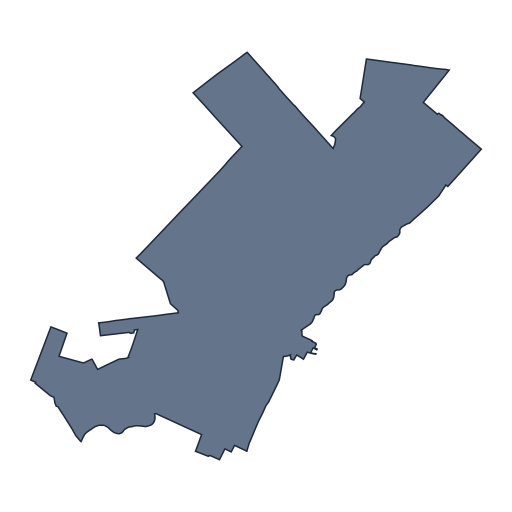 the district of Urziceni, Ialomita, Romania
{"feature_id": "2599482B56726555182080", "entity_name": "Urziceni", "entity_type": "district", "adm_level": 2, "iso_a3": "ROU", "parent_name": "Romania", "parent_adm1": "Ialomita", "projection": "albers", "projection_center": [26.651, 44.737], "detail": "fine", "context": "isolated", "style": "filled", "palette": "slate", "viewbox_px": 512, "rotation_deg": 0, "n_neighbors": 0, "source": "geoboundaries", "source_scale": "gbopen_adm2", "svg_char_len": 5863}
<svg xmlns="http://www.w3.org/2000/svg" viewBox="0 0 512 512"><path d="M481.1,149.3L481.3,149.1L476.7,145.2L476.3,144.9L467.4,137.4L462.5,133.1L460.8,131.7L460.4,131.4L459.7,130.9L453.4,125.3L444.0,117.3L443.5,116.4L441.8,115.0L441.5,114.8L441.1,115.2L439.6,113.8L439.4,113.6L439.2,113.5L438.9,113.3L438.7,113.3L438.3,113.4L438.0,113.6L437.4,114.3L423.3,102.4L430.0,94.0L431.5,92.2L449.2,70.1L445.1,69.3L443.4,69.3L437.7,68.7L432.0,68.0L430.9,67.9L426.7,67.2L420.3,66.3L413.9,65.5L410.3,64.8L409.9,64.8L407.0,64.4L387.1,61.8L372.7,59.8L366.5,59.0L366.4,59.0L366.2,60.4L365.5,64.7L360.1,98.5L364.3,102.1L363.2,103.1L362.4,104.1L360.3,106.8L359.1,107.7L357.6,108.9L356.6,109.8L354.8,111.9L353.9,112.8L352.4,114.1L345.1,121.4L336.5,129.9L331.2,135.5L331.4,135.6L331.9,135.8L333.1,136.2L334.1,136.8L334.7,137.4L335.5,138.4L335.5,138.8L335.5,140.3L334.8,144.1L334.3,145.6L333.3,148.0L333.1,148.5L332.5,147.9L323.4,137.6L321.5,135.6L316.9,130.4L312.9,125.9L310.8,123.7L309.7,122.5L308.6,121.3L307.1,119.7L305.9,118.4L304.7,117.2L303.5,115.8L302.9,115.2L302.5,114.7L301.7,113.8L301.1,113.1L299.7,111.5L298.7,110.4L298.0,109.5L297.2,108.6L296.6,107.9L295.4,106.4L294.7,105.7L294.4,105.6L293.4,104.6L293.0,104.3L292.0,103.1L291.2,102.2L287.9,98.6L286.0,96.6L281.1,91.0L279.9,89.7L279.5,89.3L279.3,89.1L278.8,88.3L278.3,87.5L277.5,86.5L276.5,85.3L275.7,84.4L274.8,83.3L273.7,82.2L272.9,81.2L271.8,80.0L270.5,78.5L268.5,76.2L266.6,74.2L262.9,69.9L259.0,65.6L252.8,58.7L248.8,54.1L247.1,52.3L243.9,54.6L237.3,59.6L234.7,61.5L229.3,65.4L223.2,69.8L217.3,74.0L201.2,86.5L196.3,90.3L193.5,92.5L193.1,92.8L203.9,104.6L215.8,117.8L216.4,118.5L216.7,118.8L222.2,124.8L242.0,146.5L241.5,146.9L239.0,149.5L235.9,152.8L230.6,158.4L226.0,163.6L226.0,163.8L220.3,170.1L219.9,170.7L218.3,172.3L215.6,175.1L210.8,180.2L207.2,183.9L197.3,194.3L187.7,204.3L181.7,210.5L178.3,214.1L172.8,219.9L160.2,233.2L151.7,242.1L147.7,246.4L145.9,248.2L143.7,250.5L140.6,253.7L138.0,256.3L136.2,258.1L160.2,278.6L161.8,279.8L163.2,281.2L163.8,282.3L170.4,303.6L171.5,304.7L174.2,307.1L177.7,310.2L178.2,311.9L178.3,312.8L172.7,313.5L167.1,314.2L155.6,315.8L134.4,318.2L133.0,318.4L130.4,318.6L126.4,319.2L121.2,319.9L118.6,320.2L116.3,320.4L109.2,321.6L104.8,322.2L99.3,322.8L98.7,322.8L100.5,335.7L129.0,332.4L130.4,333.3L133.7,332.9L134.6,329.9L137.7,329.5L135.8,335.3L133.6,342.1L130.9,349.8L128.2,356.7L128.0,357.2L128.4,357.4L126.6,358.2L126.2,358.3L123.8,358.6L119.2,359.1L118.8,359.2L114.0,361.5L108.3,364.2L97.6,369.4L92.1,359.3L91.6,359.2L90.9,359.5L83.5,363.0L59.0,356.3L67.0,333.2L58.3,329.7L50.9,326.9L30.7,380.1L35.8,382.2L35.2,383.3L50.1,395.5L54.0,397.4L54.9,402.8L56.2,406.1L57.9,406.7L62.5,413.9L63.1,414.7L71.9,428.7L72.1,429.0L75.7,435.5L80.2,440.9L81.1,441.6L83.1,437.2L84.4,434.8L86.3,432.6L89.6,430.3L91.2,429.3L92.8,428.1L95.6,426.4L98.4,425.5L99.5,425.2L101.4,425.3L103.3,425.3L103.9,425.3L104.8,425.6L106.5,426.5L107.4,427.0L108.2,427.6L109.6,429.0L110.8,430.2L114.2,432.6L117.1,433.5L119.3,433.8L121.1,433.1L122.4,432.3L124.6,429.4L128.6,427.1L131.7,426.7L134.2,426.0L135.8,425.8L137.1,425.8L140.0,425.9L141.9,426.1L142.0,426.1L145.1,426.6L146.7,426.4L147.5,426.1L149.8,425.5L150.2,425.3L151.5,424.7L152.4,424.0L153.5,422.7L154.4,421.0L154.8,419.6L155.0,418.3L155.0,416.5L154.6,413.8L155.4,413.7L155.9,413.6L201.6,434.6L197.8,445.1L195.5,451.3L208.3,456.3L209.1,455.6L209.5,455.8L209.7,455.7L209.9,455.7L210.0,455.7L210.5,455.7L219.5,459.7L224.9,448.9L231.2,451.9L234.6,445.4L247.2,451.4L247.3,451.5L247.0,450.5L249.3,443.0L250.9,439.4L255.7,427.8L258.5,421.3L262.3,413.8L263.0,412.2L266.0,405.6L268.8,401.7L269.6,400.0L274.5,390.0L279.3,380.0L283.4,356.5L285.8,356.3L286.8,356.1L287.6,355.9L290.5,354.9L290.2,356.0L290.5,356.8L290.7,358.3L291.0,359.1L293.7,360.0L293.8,360.0L296.7,355.0L303.5,359.2L307.3,352.1L307.8,352.3L309.4,352.8L311.0,353.2L312.4,353.6L313.9,353.9L315.8,354.2L315.9,353.7L314.0,353.6L313.0,353.4L312.1,353.2L310.7,352.7L313.2,347.8L314.4,348.5L316.8,349.8L317.2,349.0L315.7,348.4L314.6,348.0L316.2,344.6L315.9,343.2L311.8,341.3L312.1,340.7L311.1,340.1L302.9,336.4L302.7,336.3L302.5,336.1L302.3,335.8L302.2,335.7L302.1,335.3L302.0,335.0L301.9,334.5L301.9,333.9L301.9,333.0L302.0,331.7L302.0,331.4L301.8,330.9L301.2,330.2L303.9,328.3L305.7,327.1L310.3,324.0L311.1,323.2L312.0,322.2L313.0,320.2L313.8,318.5L314.2,316.8L314.4,316.3L315.0,315.3L315.3,314.8L316.1,314.7L317.9,314.6L318.9,314.5L319.2,314.3L320.0,313.6L320.3,312.9L321.5,310.7L321.9,309.4L322.8,307.8L323.9,306.9L325.2,306.0L327.2,304.8L329.4,302.8L332.0,300.6L332.6,300.0L333.1,299.0L333.8,297.0L334.2,294.1L334.3,293.7L334.1,292.8L334.2,292.3L334.5,291.7L335.1,290.9L335.9,290.4L336.7,290.0L337.1,290.0L337.9,289.9L339.1,289.9L340.2,289.5L341.1,289.1L342.8,287.5L344.3,285.9L345.2,284.4L346.1,281.9L346.5,278.9L346.5,278.0L346.7,277.6L347.0,277.1L348.0,275.8L348.6,275.3L349.0,275.2L349.7,275.0L351.7,274.7L352.1,274.6L353.4,273.2L353.8,272.8L354.5,272.3L356.9,270.9L358.0,269.8L358.3,269.4L362.7,266.0L362.9,265.8L364.0,264.9L364.9,264.6L368.0,264.6L368.4,264.5L369.7,263.5L370.1,262.9L370.6,261.8L371.0,260.3L371.6,259.3L372.2,258.8L373.7,257.4L375.0,255.8L377.1,255.0L378.1,254.3L378.7,253.4L379.1,252.6L379.4,252.0L379.8,251.3L380.1,250.6L380.6,249.8L381.3,248.5L382.1,247.3L382.6,246.8L384.7,245.2L385.5,244.8L387.4,243.3L388.8,241.7L389.5,241.1L391.7,239.6L393.6,238.2L394.0,237.9L394.5,237.7L395.1,237.4L396.8,237.0L397.4,236.7L397.9,236.1L398.5,235.4L399.1,234.4L399.6,233.5L399.9,232.2L399.7,230.2L399.9,229.5L400.4,228.7L400.7,227.9L401.1,227.4L401.9,226.8L406.7,224.1L408.0,223.6L409.0,223.3L409.6,223.1L413.8,219.2L420.5,213.3L425.7,208.6L426.9,207.6L431.8,202.7L436.9,197.8L438.8,195.9L439.9,194.2L440.7,192.8L441.8,191.3L444.9,186.6L445.8,185.0L446.2,185.3L447.8,186.5L454.4,179.2L454.6,179.0L481.0,149.5L481.1,149.3Z" fill="#64748b" stroke="#1e293b" stroke-width="1.5"/></svg>